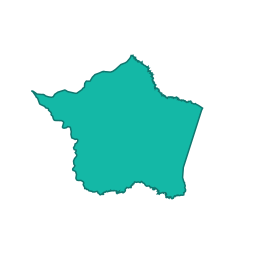 Chirundu, Southern, Zambia, rotated 234°
{"feature_id": "96606910B35256638811207", "entity_name": "Chirundu", "entity_type": "district", "adm_level": 2, "iso_a3": "ZMB", "parent_name": "Zambia", "parent_adm1": "Southern", "projection": "mercator", "projection_center": [28.665, -16.104], "detail": "fine", "context": "isolated", "style": "filled", "palette": "teal", "viewbox_px": 256, "rotation_deg": 234, "n_neighbors": 0, "source": "geoboundaries", "source_scale": "gbopen_adm2", "svg_char_len": 5803}
<svg xmlns="http://www.w3.org/2000/svg" viewBox="0 0 256 256"><g transform="rotate(234 128 128)"><path d="M55.8,143.0L63.6,149.6L99.1,197.9L100.2,200.0L105.0,198.2L107.3,197.0L108.1,196.9L108.4,195.9L109.2,195.1L110.2,194.7L110.7,194.1L111.8,194.6L112.9,193.8L113.1,194.1L113.5,193.1L113.9,192.8L114.0,192.4L113.6,191.6L114.0,191.3L114.1,190.6L114.5,190.4L114.7,190.7L115.8,190.0L116.5,190.2L116.8,189.9L116.6,189.9L116.6,189.5L118.1,189.1L118.2,188.7L119.0,188.0L118.5,187.4L119.0,187.1L118.9,187.3L119.1,187.5L120.1,186.4L120.6,186.2L121.0,185.6L121.3,185.9L121.8,185.4L122.3,186.2L122.5,186.0L122.4,185.2L122.8,185.5L122.6,185.6L122.8,186.0L124.4,185.5L124.3,184.8L124.6,184.9L125.1,183.5L125.7,183.2L125.3,183.3L125.3,182.5L126.0,182.7L126.3,182.0L126.5,182.3L126.9,182.2L127.4,181.0L127.8,180.7L128.0,180.9L128.3,180.4L128.3,179.8L128.7,179.8L129.2,179.2L129.4,178.7L129.1,178.0L129.4,178.1L129.5,177.9L129.3,177.8L129.3,177.2L130.2,177.1L130.4,176.6L131.2,176.6L132.2,176.1L132.1,176.8L133.0,176.5L133.3,176.0L133.9,176.1L134.0,175.4L134.1,175.6L134.7,175.0L135.3,175.3L135.3,174.6L135.5,174.6L136.0,175.5L136.5,175.7L137.3,174.8L137.9,174.7L138.4,174.9L139.5,174.4L139.9,174.8L140.0,174.7L140.1,175.0L140.8,175.2L140.6,175.4L141.4,175.6L141.7,175.2L142.7,175.0L143.1,174.4L143.4,174.6L143.5,174.2L144.2,173.8L144.0,173.4L144.5,173.7L144.6,173.1L145.1,173.4L144.8,173.5L145.1,174.1L145.4,174.1L146.7,174.9L146.5,175.2L147.1,175.2L147.1,175.5L147.6,175.1L148.1,175.3L149.0,175.1L149.0,175.3L149.9,175.3L149.4,175.9L150.3,176.0L150.6,175.6L151.6,175.6L151.6,175.9L152.2,175.8L152.6,176.0L152.7,176.4L153.0,176.4L152.9,176.7L153.4,177.0L153.0,177.0L153.1,177.6L153.3,177.7L153.5,177.3L153.5,177.6L154.4,177.8L154.9,177.8L155.1,177.3L155.8,177.4L156.0,178.0L156.1,177.8L156.2,178.3L157.0,178.3L157.0,179.0L157.4,179.0L157.8,178.6L157.9,178.9L157.7,179.2L157.9,179.1L157.9,179.4L158.4,179.3L158.6,179.6L159.4,178.3L159.5,178.7L160.0,179.0L160.7,179.0L160.9,179.3L161.0,178.8L161.9,178.7L161.7,178.3L161.8,178.0L162.1,178.5L162.4,178.1L162.5,178.5L162.8,178.3L163.7,179.0L163.9,179.7L164.1,179.3L164.4,179.9L164.7,179.9L165.5,179.4L165.4,179.8L165.8,180.2L165.8,179.6L167.8,178.5L168.5,178.5L169.3,177.8L170.5,177.8L171.1,177.2L171.4,177.3L171.8,177.0L172.4,176.9L172.2,177.5L172.8,177.9L172.7,177.6L173.3,177.6L173.3,177.3L173.6,177.1L173.7,177.4L173.7,176.9L175.6,175.9L175.3,175.5L175.7,174.9L176.0,174.9L175.8,175.4L176.1,176.0L177.2,175.0L178.6,175.0L178.9,174.4L179.3,174.4L179.2,174.2L179.9,174.4L180.1,174.6L179.7,174.8L180.7,175.6L181.3,174.9L181.2,174.2L182.0,174.7L183.3,174.1L183.8,174.7L184.8,173.1L184.5,172.9L183.3,170.6L182.2,166.1L182.3,164.1L183.5,159.6L182.7,152.3L182.8,149.0L183.5,146.7L186.9,142.7L188.1,141.6L188.0,141.1L188.6,140.6L189.3,137.3L190.6,132.7L190.0,129.0L188.3,125.1L188.3,124.6L190.4,121.9L190.3,121.2L189.5,119.2L186.5,116.6L186.7,114.7L186.1,113.3L186.2,107.0L187.1,105.7L192.9,100.6L195.3,99.6L195.9,99.1L198.2,92.4L198.3,88.5L197.2,86.0L197.8,84.1L199.9,82.0L202.1,80.4L202.7,80.0L203.7,79.9L205.0,79.1L206.3,77.3L209.2,74.1L210.1,74.0L213.5,72.8L214.9,71.7L213.4,72.3L208.0,72.2L207.1,71.9L205.2,72.4L199.7,70.8L199.0,70.8L194.4,73.3L192.8,73.2L190.7,74.9L189.6,74.7L189.1,74.2L186.3,74.8L184.8,74.6L184.1,73.7L183.4,73.6L181.9,74.0L179.4,73.0L177.8,72.9L177.0,73.4L173.1,78.5L171.6,79.3L170.6,79.3L170.1,79.1L167.4,75.6L166.7,75.3L165.5,76.1L164.8,77.5L164.4,78.5L164.6,80.0L162.9,81.6L162.1,81.6L158.3,79.9L156.4,78.1L153.1,76.7L150.2,78.4L149.8,78.5L149.4,79.7L148.8,80.2L148.1,80.4L147.2,80.0L146.5,78.8L146.0,77.5L146.2,75.8L145.0,74.6L144.0,72.3L142.2,71.8L140.6,73.0L139.6,72.3L139.1,70.8L136.6,70.8L135.8,70.3L135.4,69.7L134.7,66.8L133.3,64.5L130.6,63.0L128.7,62.9L127.9,61.2L127.7,59.8L127.2,59.0L126.0,58.6L124.9,59.5L123.5,60.0L120.6,59.0L118.1,56.4L116.6,56.0L115.8,56.1L114.8,56.9L113.2,59.2L110.7,60.2L109.5,59.9L108.8,58.7L108.3,58.4L105.2,58.0L104.5,57.4L104.2,57.5L103.6,58.5L102.5,58.5L101.9,59.4L99.9,59.6L99.6,60.2L98.6,60.9L98.1,61.6L97.1,61.8L96.0,63.2L94.9,65.8L94.0,65.9L93.2,65.5L92.3,66.0L90.7,66.0L90.0,66.7L90.1,67.6L89.5,68.6L88.9,68.7L88.8,69.1L88.9,69.4L89.9,69.1L90.0,69.3L90.1,70.5L89.7,72.0L89.4,72.1L89.6,73.4L88.8,73.6L88.4,74.1L88.4,74.7L88.1,75.1L88.2,75.5L87.5,76.2L87.9,77.2L87.0,77.4L86.9,78.0L85.8,79.1L85.7,79.9L84.4,80.9L83.8,81.8L82.8,81.6L82.7,80.8L82.2,80.5L81.5,80.6L81.7,81.0L81.2,81.6L81.3,82.1L81.9,82.4L81.9,83.2L81.6,82.7L80.9,82.5L79.9,85.1L79.7,85.5L79.1,85.5L79.2,86.2L78.3,86.4L78.4,87.7L78.8,89.0L80.0,89.6L80.6,92.1L79.3,93.1L79.1,94.1L78.0,95.4L78.4,96.0L79.2,96.1L79.5,97.1L79.2,97.5L79.7,98.3L79.8,98.8L79.5,98.9L79.9,99.4L79.5,100.0L80.4,101.3L80.4,101.8L79.2,102.7L78.3,104.7L76.7,105.7L76.6,106.6L76.9,107.0L76.9,107.4L76.7,107.6L74.7,107.9L73.6,108.6L71.2,108.4L70.0,108.9L68.7,111.1L67.4,111.3L66.5,111.0L66.0,112.2L64.7,112.8L64.8,113.2L64.1,113.6L63.6,113.0L63.8,112.1L63.4,112.1L63.0,112.9L62.2,112.9L63.0,113.3L63.2,113.6L62.8,113.9L63.6,114.7L62.7,114.9L62.4,115.3L60.2,115.6L59.7,114.7L59.0,115.8L58.5,115.3L57.5,113.2L57.1,114.0L56.1,114.3L56.2,114.7L57.3,115.0L56.2,115.7L55.4,118.1L53.8,118.5L54.9,118.7L53.6,120.3L53.2,120.0L52.6,120.4L51.7,120.2L51.6,119.8L52.0,119.7L52.2,119.2L50.1,118.5L49.6,118.0L49.2,118.1L49.0,118.6L49.6,118.9L49.4,119.3L49.0,119.3L48.9,119.7L48.3,119.5L47.1,120.0L47.7,120.6L47.7,121.5L47.3,121.4L47.1,121.9L46.8,121.5L45.2,122.1L44.3,122.0L45.1,122.4L44.6,123.4L45.5,125.1L45.3,125.4L45.5,125.8L45.0,126.0L45.3,126.4L44.7,127.4L44.8,127.9L44.5,128.1L44.7,128.4L44.1,128.7L44.0,129.3L43.3,129.5L42.7,130.8L42.7,131.5L41.9,132.1L41.1,133.7L42.1,134.8L43.0,135.1L42.8,136.0L43.1,137.3L43.7,137.5L43.9,138.2L46.6,138.9L46.9,139.6L48.1,140.6L49.2,140.7L50.8,141.7L51.8,141.4L52.4,141.8L55.8,143.0Z" fill="#14b8a6" stroke="#0f766e" stroke-width="1.5"/></g></svg>